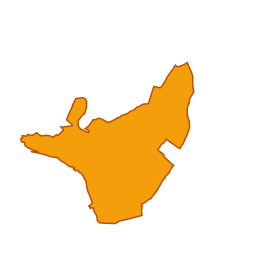 Craciunelu De Jos, Alba, Romania, rotated 224°
{"feature_id": "2599482B15849138158087", "entity_name": "Craciunelu De Jos", "entity_type": "district", "adm_level": 2, "iso_a3": "ROU", "parent_name": "Romania", "parent_adm1": "Alba", "projection": "orthographic", "projection_center": [23.831, 46.153], "detail": "fine", "context": "isolated", "style": "filled", "palette": "amber", "viewbox_px": 256, "rotation_deg": 224, "n_neighbors": 0, "source": "geoboundaries", "source_scale": "gbopen_adm2", "svg_char_len": 4290}
<svg xmlns="http://www.w3.org/2000/svg" viewBox="0 0 256 256"><g transform="rotate(224 128 128)"><path d="M137.6,206.1L137.1,203.4L136.8,202.4L136.4,200.2L136.4,198.5L135.6,194.8L135.5,192.9L134.3,189.1L132.6,181.1L132.6,179.6L135.1,177.8L138.3,175.8L130.4,160.0L130.6,159.5L131.1,158.5L133.4,156.1L133.9,154.8L134.4,153.1L134.5,152.2L135.8,149.4L136.2,148.9L136.1,148.0L136.2,145.7L137.4,142.4L138.1,141.2L138.4,138.1L138.7,137.4L139.5,136.3L139.4,135.4L140.4,134.2L141.5,132.1L141.3,130.5L141.8,129.7L141.8,129.2L142.4,128.5L143.0,127.1L143.1,125.5L143.8,123.6L144.5,122.1L144.5,121.2L145.5,119.8L145.8,118.2L152.8,116.3L155.9,114.7L156.9,112.0L158.2,110.1L158.8,109.8L157.7,102.3L158.4,97.6L157.6,98.0L157.1,98.0L156.6,98.2L155.8,98.7L154.6,98.5L153.4,98.3L153.1,97.4L154.9,96.5L156.8,95.8L158.4,95.3L158.7,95.2L161.5,94.3L165.2,94.9L168.9,98.8L169.6,104.3L169.2,108.5L172.0,113.7L176.1,118.3L178.9,119.3L181.6,118.4L186.0,112.9L183.7,105.5L183.1,105.6L181.7,100.8L180.4,97.1L177.9,91.2L172.2,91.5L170.1,91.5L170.1,90.2L174.4,85.0L175.3,83.6L175.5,82.5L177.1,82.7L177.1,82.2L172.9,81.9L173.0,79.7L173.1,77.6L173.1,76.7L173.2,74.1L173.9,73.8L174.5,73.5L174.8,73.5L174.9,73.1L174.9,72.8L175.2,71.7L175.2,71.1L175.2,70.6L175.2,70.2L175.2,69.6L175.4,69.5L175.5,69.3L175.8,69.2L176.1,69.1L176.4,69.0L176.6,69.0L176.8,68.8L177.0,68.8L177.4,68.6L177.6,68.5L177.8,68.4L178.4,68.1L178.8,67.9L179.1,67.8L179.4,67.6L179.7,67.5L180.1,67.2L180.4,67.0L181.8,65.8L182.3,65.3L182.6,64.9L183.4,63.6L184.4,62.6L185.2,62.1L186.4,61.6L187.5,61.4L188.6,61.2L189.3,61.1L190.4,61.2L191.8,56.0L195.8,53.5L195.3,52.9L195.3,52.0L195.6,51.3L197.4,50.1L198.8,48.8L197.5,47.9L197.0,47.3L197.5,46.7L197.7,46.1L195.0,43.9L194.1,44.7L192.8,45.5L192.3,45.6L192.0,45.5L190.9,44.5L189.2,43.8L186.2,44.3L185.4,44.5L179.3,46.9L176.9,48.4L176.5,48.0L178.6,46.0L181.8,43.4L178.5,45.5L175.9,47.3L173.7,48.5L172.0,49.6L170.3,50.4L167.8,51.9L165.3,52.9L164.7,53.2L164.6,53.3L162.5,54.4L158.6,57.4L158.5,57.5L158.4,57.3L157.0,57.6L152.9,57.8L149.5,58.9L144.5,59.3L141.6,60.6L141.5,61.4L138.9,62.1L139.0,60.6L138.7,60.5L138.1,61.1L137.0,60.5L136.2,60.7L134.5,62.4L134.3,62.8L132.6,62.3L132.2,62.1L131.9,62.3L131.7,62.6L131.2,62.7L130.6,62.9L129.2,62.7L127.9,62.5L127.2,62.4L126.3,62.0L125.2,61.7L124.2,61.3L123.9,61.1L123.7,61.0L123.2,61.0L122.5,60.8L121.9,60.8L121.3,60.6L120.7,60.4L120.2,59.8L116.8,56.9L112.4,54.3L107.6,52.3L101.6,49.3L101.5,48.9L101.7,48.2L101.3,46.4L102.1,44.7L99.9,44.5L99.9,44.1L99.4,44.0L98.0,46.0L97.6,46.3L97.2,46.2L95.3,44.8L94.5,44.5L91.8,43.7L90.3,43.4L88.7,42.5L87.1,41.3L86.6,40.9L85.8,40.0L84.8,40.0L83.8,40.0L83.2,39.8L82.8,40.0L82.6,40.1L82.4,40.2L82.0,40.4L81.2,41.1L79.9,42.3L78.4,43.6L76.5,45.3L71.2,50.0L70.7,50.7L70.6,51.1L69.6,54.6L69.6,54.9L67.8,57.9L64.6,62.6L57.2,74.9L61.7,78.7L61.9,79.6L62.5,80.2L63.0,80.5L63.4,81.7L64.4,81.6L65.3,82.6L64.5,84.3L64.4,85.7L64.1,86.4L64.2,86.7L64.1,87.1L63.7,87.9L63.6,90.2L63.4,90.8L63.4,91.2L63.2,91.6L63.1,92.0L62.4,92.9L62.8,95.1L62.7,95.4L62.8,95.8L62.8,96.2L62.9,96.6L63.1,98.4L63.3,99.0L63.2,99.8L63.4,101.0L63.6,101.5L63.5,101.8L63.8,102.5L63.8,103.0L64.0,103.6L64.0,104.9L64.4,106.4L64.9,107.2L65.1,108.1L64.9,108.7L65.9,110.6L66.1,112.7L66.4,113.3L66.3,113.9L66.6,114.9L66.8,115.7L66.6,116.8L66.9,117.4L66.8,118.2L67.1,118.6L67.5,120.4L67.2,121.8L67.4,122.9L67.2,124.2L67.4,125.2L67.9,125.7L68.0,126.4L68.5,126.9L68.5,128.1L68.8,128.9L68.7,129.3L68.9,129.7L68.9,130.2L69.3,131.3L69.3,131.9L69.1,132.7L82.5,132.2L82.9,132.6L83.3,133.1L83.5,133.6L87.4,133.5L87.4,133.0L88.9,133.0L89.7,133.0L90.3,133.1L90.8,133.3L91.8,133.4L91.9,135.2L91.8,136.1L92.5,139.0L92.3,140.9L92.1,142.8L92.3,145.0L92.5,146.5L79.3,148.5L76.3,149.3L77.0,151.7L77.2,153.3L77.3,154.5L78.0,156.3L78.9,159.1L79.7,161.2L80.4,163.4L83.5,170.3L84.2,171.2L85.4,172.5L86.8,173.8L88.3,175.1L89.5,176.0L90.4,176.3L91.8,176.9L92.3,177.3L95.5,179.6L97.4,181.5L98.0,182.3L100.3,185.2L101.2,188.2L103.9,191.9L104.1,192.4L104.7,194.9L104.9,196.0L105.1,196.8L105.7,199.9L106.6,200.2L108.6,201.8L112.1,204.7L113.0,205.7L114.6,207.3L117.0,209.8L120.1,211.7L125.6,214.0L129.4,215.6L130.8,216.2L131.3,214.2L131.8,212.3L132.3,211.3L132.9,209.9L133.1,209.5L134.1,207.4L134.8,206.7L135.4,206.3L136.1,206.1L136.9,206.1L137.6,206.1Z" fill="#f59e0b" stroke="#b45309" stroke-width="1.5"/></g></svg>